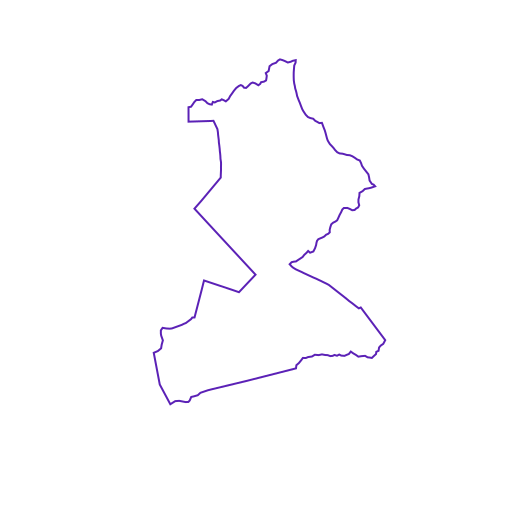 Luís Correia, Piauí, Brazil (Mercator projection), rotated 46°
{"feature_id": "56859067B75864773986043", "entity_name": "Luís Correia", "entity_type": "district", "adm_level": 2, "iso_a3": "BRA", "parent_name": "Brazil", "parent_adm1": "Piauí", "projection": "mercator", "projection_center": [-41.5, -3.105], "detail": "fine", "context": "isolated", "style": "outline", "palette": "violet", "viewbox_px": 512, "rotation_deg": 46, "n_neighbors": 0, "source": "geoboundaries", "source_scale": "gbopen_adm2", "svg_char_len": 3637}
<svg xmlns="http://www.w3.org/2000/svg" viewBox="0 0 512 512"><g transform="rotate(46 256 256)"><path d="M237.5,310.4L242.8,318.9L257.5,342.9L256.0,344.6L256.3,346.5L255.5,353.0L254.6,355.2L254.0,357.2L249.7,366.8L248.4,368.5L245.9,370.8L242.8,373.1L243.4,376.1L245.8,378.4L247.4,379.5L252.0,381.6L254.3,385.5L256.5,388.4L256.2,392.6L254.6,396.8L281.6,414.5L303.1,420.6L304.3,414.9L306.9,411.8L312.2,408.1L314.0,406.0L313.9,404.1L312.4,400.5L313.8,398.2L315.7,394.6L315.8,391.0L319.2,383.8L321.5,379.8L339.1,349.9L364.6,305.3L362.6,302.8L362.8,299.6L362.4,296.1L361.9,293.1L364.0,291.0L364.9,288.7L367.2,285.5L367.9,282.3L370.8,279.8L372.6,276.9L375.3,275.0L377.1,273.3L379.6,272.1L381.1,270.2L381.7,268.3L384.0,267.0L384.7,264.6L386.8,263.9L389.3,261.7L390.2,259.2L391.0,257.3L390.6,254.2L393.5,253.7L396.7,252.8L399.5,252.3L401.4,249.6L403.6,246.9L406.4,246.1L408.1,244.7L409.8,243.5L409.8,241.2L409.9,237.8L408.5,236.0L409.3,233.7L407.3,231.0L407.1,228.4L407.6,225.5L406.3,221.5L365.8,216.4L365.1,218.4L361.4,219.0L356.9,219.6L352.9,220.3L350.8,220.5L345.2,221.2L341.8,221.7L327.4,223.7L324.9,224.5L321.4,225.8L319.1,226.6L316.8,227.5L314.3,228.4L311.3,229.7L308.4,230.8L305.9,231.8L303.5,232.7L301.5,233.5L299.4,234.2L296.9,235.2L293.3,236.6L290.2,237.4L288.3,237.6L285.3,237.5L285.2,234.7L286.3,232.8L287.7,231.0L288.0,229.0L288.5,226.5L289.1,223.2L288.7,220.5L288.8,217.4L288.6,215.0L291.2,214.8L292.6,211.6L291.4,208.1L289.9,205.2L288.5,203.3L287.5,201.6L287.2,199.5L288.0,197.4L288.8,195.4L289.4,193.3L289.4,190.8L290.2,188.6L290.2,186.5L288.4,184.9L287.0,182.7L285.5,179.9L285.6,177.4L286.4,174.9L286.7,172.8L285.8,170.4L284.5,167.2L283.6,164.3L282.5,161.6L282.5,159.5L284.9,156.9L287.4,155.8L289.9,155.0L291.4,153.1L291.4,151.1L292.0,148.8L291.2,146.5L288.5,145.0L286.5,143.0L284.7,140.1L282.5,137.7L283.4,134.3L283.4,131.2L284.6,129.3L285.7,127.7L286.9,125.6L288.6,121.9L286.4,121.8L284.6,122.6L280.7,121.9L277.8,119.9L275.3,118.4L268.1,117.7L264.7,117.1L262.2,115.9L259.4,115.0L256.8,116.2L254.0,116.7L251.2,117.4L248.7,118.5L246.4,120.5L244.2,121.7L242.5,122.7L240.3,124.6L237.8,125.5L234.6,125.5L232.4,125.2L229.9,125.1L226.8,125.1L224.9,124.7L222.8,124.2L220.8,123.3L218.3,121.9L215.8,120.5L213.3,119.2L210.1,117.9L208.1,117.0L206.0,116.1L204.4,118.1L202.0,118.8L199.9,119.5L197.0,119.5L194.5,121.1L192.1,122.1L188.9,122.1L186.7,121.7L184.6,121.3L182.4,120.7L179.3,119.4L176.1,118.0L173.7,117.1L169.5,115.3L167.0,113.7L165.1,112.6L162.7,111.4L160.7,110.0L158.5,108.7L155.8,106.7L153.8,104.9L152.0,103.2L150.0,101.2L148.3,99.3L145.5,96.1L144.4,93.2L142.7,91.4L141.1,94.0L140.4,96.1L138.9,98.7L135.6,99.9L133.4,100.9L131.2,102.2L130.7,104.4L130.9,107.4L129.3,110.9L128.9,114.4L131.7,118.4L131.2,121.9L133.8,123.0L135.4,125.0L136.7,126.8L136.1,129.2L134.5,131.6L135.1,133.4L134.8,135.7L131.3,136.6L128.9,137.9L128.2,140.0L128.3,144.0L128.2,146.4L126.6,147.7L124.3,147.5L122.5,148.2L121.8,150.2L121.4,153.6L121.8,157.1L122.5,160.6L123.0,163.5L124.0,166.5L123.8,170.3L121.7,170.9L119.5,171.8L119.3,173.7L117.7,176.2L116.9,179.0L115.2,180.0L116.4,182.6L114.5,184.0L112.3,184.8L109.5,184.8L105.9,185.8L104.4,188.4L102.3,190.6L102.4,193.5L102.9,195.8L103.5,199.0L102.1,201.2L112.5,211.2L127.5,194.7L129.2,192.7L131.7,193.5L133.7,194.2L135.5,194.8L137.9,195.6L140.6,197.5L142.4,199.0L144.4,200.5L146.8,202.3L148.5,203.8L151.1,205.7L153.7,207.7L155.5,209.2L157.1,210.4L159.1,212.0L161.5,214.1L164.2,216.0L165.7,217.4L167.9,219.6L169.8,221.4L171.6,223.3L173.3,225.1L175.1,226.9L178.3,256.7L179.2,267.4L206.5,268.0L269.1,269.3L269.8,284.7L270.2,293.4L264.3,296.4L237.5,310.4Z" fill="none" stroke="#5b21b6" stroke-width="2"/></g></svg>